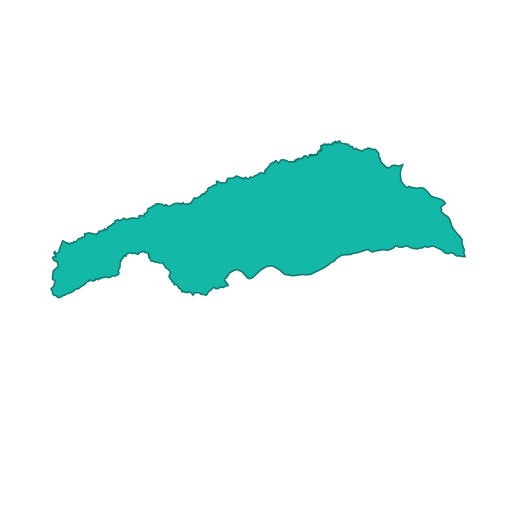 the district of Saladoblanco, Huila, Colombia, rotated 137°
{"feature_id": "7082276B71793235558462", "entity_name": "Saladoblanco", "entity_type": "district", "adm_level": 2, "iso_a3": "COL", "parent_name": "Colombia", "parent_adm1": "Huila", "projection": "albers", "projection_center": [-76.191, 2.115], "detail": "fine", "context": "isolated", "style": "filled", "palette": "teal", "viewbox_px": 512, "rotation_deg": 137, "n_neighbors": 0, "source": "geoboundaries", "source_scale": "gbopen_adm2", "svg_char_len": 6118}
<svg xmlns="http://www.w3.org/2000/svg" viewBox="0 0 512 512"><g transform="rotate(137 256 256)"><path d="M429.3,361.0L427.6,359.2L425.3,359.0L421.6,357.5L420.4,357.5L416.4,355.5L413.1,354.7L411.0,355.0L409.0,353.6L406.6,352.9L405.2,353.1L401.4,352.1L396.2,352.4L395.1,351.3L394.0,352.1L392.6,349.3L391.3,348.2L390.3,348.0L389.6,348.6L388.6,348.6L387.5,346.2L386.3,346.5L385.3,345.5L383.6,345.4L382.8,344.4L381.8,344.5L381.5,343.9L379.3,342.5L379.1,341.1L376.9,339.8L374.5,339.4L372.2,337.1L371.1,337.1L369.6,336.4L368.2,336.7L367.7,337.2L367.3,338.6L364.9,340.1L363.7,340.1L359.8,343.9L355.9,345.3L353.5,345.4L352.6,346.3L351.6,345.7L351.3,344.5L349.4,345.5L348.1,345.3L347.2,344.7L346.0,344.8L345.4,344.0L345.3,342.6L342.3,340.3L341.4,337.8L337.8,337.7L334.6,335.4L334.8,334.0L333.0,332.0L332.9,330.2L334.3,330.0L334.3,328.4L335.2,328.3L335.6,327.8L335.1,326.4L336.2,324.6L336.0,323.6L334.6,322.2L334.4,321.0L332.4,318.6L331.5,316.9L329.5,315.1L329.1,314.1L330.0,308.7L329.4,306.7L329.4,303.5L330.1,302.0L333.4,300.6L333.6,299.6L334.2,299.2L334.2,295.9L335.0,294.6L334.3,293.1L335.4,290.6L334.0,290.1L333.6,288.3L334.3,284.8L333.6,282.5L334.6,280.0L333.0,279.3L332.5,277.2L331.3,276.8L330.6,275.5L329.1,275.2L328.5,274.7L328.7,270.2L326.2,271.2L323.5,268.7L322.4,267.2L322.2,265.1L320.1,263.2L319.6,261.4L317.9,261.3L315.2,262.3L313.0,261.9L308.8,262.1L308.0,261.2L307.6,259.3L307.0,258.7L303.1,257.2L301.6,255.5L297.1,254.0L296.7,253.4L296.0,254.2L295.4,260.4L291.6,260.4L287.0,261.7L280.3,260.0L279.0,258.4L277.0,254.5L277.1,245.0L275.8,243.5L272.8,242.5L261.6,242.5L255.6,241.1L253.0,239.5L250.9,237.6L249.8,235.2L248.2,229.5L247.7,223.1L242.3,216.2L234.8,210.9L231.8,207.6L228.1,205.2L215.0,201.2L210.3,200.3L205.4,199.9L202.6,198.9L198.3,199.3L193.5,198.3L191.4,197.2L185.7,192.5L183.4,191.8L179.2,189.0L170.7,185.0L169.4,184.1L169.1,181.7L168.2,179.5L165.7,178.5L158.9,174.1L156.3,170.9L154.8,169.9L151.5,168.5L149.2,168.1L148.0,168.5L145.7,167.2L145.7,165.6L144.7,164.2L142.4,162.3L139.6,161.3L137.9,159.0L137.8,157.4L135.7,154.2L133.2,151.1L130.8,150.1L129.2,148.6L125.8,147.9L124.8,145.5L120.0,142.9L119.1,141.4L115.9,133.4L115.8,129.5L113.9,126.6L110.9,125.4L109.9,123.2L109.3,119.2L107.5,117.8L105.3,114.6L103.5,113.0L101.8,116.7L99.5,118.4L97.0,124.3L93.9,127.7L94.1,129.4L93.3,131.6L93.7,133.9L93.2,141.1L92.4,144.3L89.6,149.7L89.1,151.8L88.9,154.1L90.0,157.6L90.3,162.0L88.7,163.2L87.8,165.8L82.0,165.2L81.3,166.3L81.3,168.6L82.0,171.2L87.1,180.1L86.7,186.9L87.1,190.7L87.7,192.1L88.9,193.5L92.1,195.7L95.4,200.0L96.8,202.8L98.4,202.6L99.3,204.4L99.1,210.5L98.4,212.3L95.8,216.2L92.6,219.5L86.3,222.8L90.4,224.4L92.7,227.9L93.9,228.8L95.5,229.5L98.3,229.3L99.2,230.7L99.9,230.9L99.8,231.6L100.4,232.7L100.1,233.9L100.6,236.8L100.2,238.1L100.5,239.0L99.5,241.7L98.5,242.6L98.5,245.2L97.0,246.3L96.1,247.5L95.9,248.4L96.3,249.5L95.8,251.7L97.0,253.9L98.9,255.4L99.0,257.0L100.0,257.6L100.4,258.7L101.8,258.4L103.3,259.8L107.2,260.4L107.9,262.7L108.6,263.3L109.5,265.3L109.2,266.3L110.6,266.5L111.4,267.3L111.1,270.7L112.2,271.5L112.7,275.5L114.1,276.6L114.3,277.3L115.0,277.3L115.1,278.1L116.5,279.9L116.9,281.4L116.4,282.6L117.1,283.7L119.1,283.0L119.5,283.3L119.3,283.9L120.3,284.3L119.4,284.9L119.5,285.5L120.8,285.3L121.5,286.3L122.2,286.5L123.4,285.3L123.9,286.3L125.6,286.3L125.7,287.2L126.3,287.7L126.6,288.5L127.1,288.7L127.8,288.2L128.3,288.4L128.2,289.7L129.2,290.1L129.6,291.4L131.6,291.6L133.4,292.4L133.9,292.0L134.0,291.1L135.2,290.1L135.4,288.7L137.7,288.8L136.6,290.0L138.0,289.7L139.4,290.1L141.4,289.1L141.5,288.3L143.2,288.5L143.4,289.0L142.3,289.5L143.8,289.4L144.2,290.4L145.0,290.0L145.8,290.5L145.6,291.8L146.1,292.2L146.7,291.5L147.5,292.0L146.8,292.7L147.1,293.4L148.4,293.3L149.1,292.3L150.9,292.6L151.2,294.1L150.8,294.5L152.2,296.3L153.3,296.0L154.3,296.4L154.9,295.8L155.7,295.7L156.6,296.9L158.5,297.6L158.5,298.6L159.8,297.8L160.5,299.1L161.4,298.8L162.1,299.5L162.6,299.4L162.6,298.2L164.5,299.1L164.8,300.3L165.7,300.4L166.5,301.5L168.0,302.1L168.2,303.8L169.1,305.9L171.2,308.6L172.3,309.1L176.5,308.6L176.2,311.8L176.5,312.3L178.6,312.2L180.2,313.0L183.0,313.5L184.9,312.5L186.4,312.9L187.6,312.4L190.3,312.6L191.5,312.3L191.9,311.4L192.6,311.0L193.6,310.8L194.0,310.9L194.5,312.4L196.8,314.3L200.1,314.4L202.4,315.6L204.6,315.3L206.1,317.6L208.7,317.5L209.9,319.2L210.0,320.7L210.8,320.9L211.7,320.4L212.4,320.9L212.8,322.5L214.1,324.4L215.7,327.9L219.7,328.6L223.4,331.9L225.4,331.5L227.3,330.4L229.0,330.7L232.0,333.8L232.7,335.1L232.8,336.6L233.5,337.4L234.4,337.3L235.4,335.7L236.6,335.1L238.7,336.7L241.5,336.9L244.3,338.2L245.7,337.8L247.4,336.6L249.8,337.3L251.5,336.1L252.0,336.5L252.1,337.4L252.8,337.9L254.2,338.1L256.4,337.4L257.4,338.1L260.2,338.7L260.8,339.3L261.1,340.3L261.9,340.7L263.0,340.4L264.0,339.7L266.1,339.6L267.6,338.8L268.6,339.8L271.0,340.8L271.7,341.8L272.8,342.4L273.2,343.2L273.0,344.7L275.3,344.4L275.3,346.0L276.2,346.1L276.8,347.5L278.1,348.7L279.3,349.1L279.5,349.9L283.6,350.8L286.2,352.0L286.7,353.0L286.5,354.6L287.4,355.3L289.2,355.5L289.2,357.5L291.8,360.8L293.9,362.5L295.6,362.1L296.7,362.8L300.8,363.3L302.3,364.3L306.1,362.3L309.3,363.0L310.6,361.3L313.4,365.0L314.3,365.0L315.8,363.7L317.0,364.0L320.3,368.2L321.4,368.4L322.6,369.6L325.8,370.8L326.9,373.9L329.2,374.0L332.0,375.2L332.1,376.6L334.3,377.6L335.0,377.8L337.4,376.4L338.4,377.3L339.6,377.0L345.0,378.2L346.3,377.4L347.9,377.2L348.2,379.1L349.5,378.6L350.7,379.5L352.3,379.6L353.8,381.3L354.8,380.4L358.2,380.9L362.3,386.8L363.4,387.6L364.6,387.8L365.9,389.1L366.6,388.8L367.8,387.1L368.8,386.7L370.4,388.5L372.2,388.3L374.0,389.6L378.1,389.3L379.4,390.8L380.9,390.4L382.7,391.9L384.7,392.0L384.7,393.8L386.0,395.7L387.0,399.0L398.0,393.5L399.4,393.4L400.5,393.8L400.0,396.4L401.5,396.2L402.0,395.6L402.3,393.0L403.2,391.7L404.8,393.6L406.1,393.4L406.5,391.5L406.4,389.0L405.2,387.8L407.4,383.4L408.5,383.2L410.3,383.5L411.9,383.2L413.8,383.5L415.0,383.0L420.5,378.2L420.7,377.0L419.6,375.4L420.2,374.5L424.8,371.7L427.7,371.9L428.6,371.4L428.7,369.4L430.5,366.9L430.7,365.8L429.1,362.8L429.3,361.0Z" fill="#14b8a6" stroke="#0f766e" stroke-width="1.5"/></g></svg>